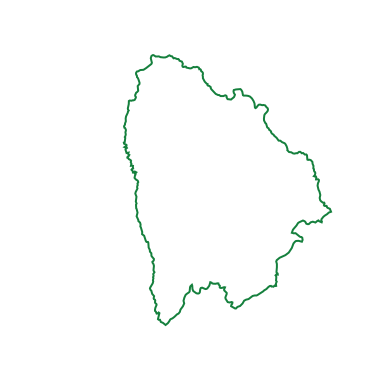 Prata, Minas Gerais, Brazil (Equal Earth projection), rotated 226°
{"feature_id": "56859067B48710486715982", "entity_name": "Prata", "entity_type": "district", "adm_level": 2, "iso_a3": "BRA", "parent_name": "Brazil", "parent_adm1": "Minas Gerais", "projection": "equal_earth", "projection_center": [-48.964, -19.276], "detail": "fine", "context": "isolated", "style": "outline", "palette": "green", "viewbox_px": 384, "rotation_deg": 226, "n_neighbors": 0, "source": "geoboundaries", "source_scale": "gbopen_adm2", "svg_char_len": 6019}
<svg xmlns="http://www.w3.org/2000/svg" viewBox="0 0 384 384"><g transform="rotate(226 192 192)"><path d="M81.2,278.3L84.2,279.5L86.5,278.5L87.5,278.6L88.1,279.1L88.9,278.9L89.5,278.0L90.2,277.6L91.0,277.8L91.6,279.3L92.5,279.7L93.3,278.8L95.5,278.4L97.0,278.5L99.0,279.7L100.7,282.2L103.8,284.0L105.8,284.6L109.3,286.7L110.8,288.7L111.6,290.7L112.4,291.6L113.4,291.6L114.9,290.0L116.2,291.6L117.1,291.9L117.8,291.1L118.7,290.7L118.8,292.1L119.8,293.7L120.7,294.3L121.8,294.2L122.9,294.8L123.7,295.6L124.6,295.6L126.4,297.5L128.5,298.3L130.0,299.5L132.3,299.6L133.2,299.2L134.0,298.6L134.4,297.8L135.2,297.5L138.5,300.2L139.6,300.3L140.5,299.2L142.9,299.0L143.6,297.9L145.6,297.8L146.5,296.9L146.7,294.7L147.4,294.1L148.5,292.3L149.6,291.5L151.6,291.0L153.3,289.6L155.9,289.6L156.4,290.4L159.1,291.8L161.6,292.5L162.8,292.5L165.3,291.4L167.5,291.2L168.8,290.0L172.2,290.5L175.6,290.2L176.4,290.5L178.4,290.1L179.9,290.3L180.6,290.9L182.2,291.0L183.0,290.7L184.5,291.3L186.2,291.0L189.7,292.8L190.5,292.6L193.4,293.5L194.8,294.7L197.0,297.4L197.4,298.5L197.5,301.2L197.8,302.9L198.6,304.0L199.6,304.6L201.5,304.5L203.4,304.8L204.9,303.9L205.7,302.8L207.6,301.7L208.4,300.6L208.4,299.3L208.0,296.9L208.2,296.0L209.0,295.9L212.3,298.5L214.8,299.5L217.6,300.1L220.3,300.0L221.9,299.3L223.4,298.2L225.5,296.1L226.2,295.9L229.3,297.9L231.4,298.4L232.4,298.3L235.2,294.9L236.3,292.9L235.7,291.9L234.2,290.9L232.2,290.5L231.7,289.6L231.1,288.1L231.4,284.3L234.1,282.1L236.0,282.6L236.8,283.4L237.5,283.5L238.3,283.2L238.8,282.4L239.1,281.3L241.2,279.2L242.8,278.9L243.7,278.1L246.1,277.2L252.6,277.3L253.6,277.6L254.4,278.3L256.3,278.1L257.4,277.4L258.2,277.4L258.8,278.2L259.7,277.8L262.5,277.8L266.3,278.9L267.2,279.8L268.7,280.8L269.2,281.8L270.2,282.6L271.4,282.8L272.4,282.5L273.6,283.2L274.5,283.3L275.2,282.5L276.7,283.3L278.6,282.5L279.6,280.9L280.9,279.9L281.5,277.5L282.2,276.5L285.4,274.4L286.3,274.7L287.0,274.2L287.8,272.7L288.5,272.3L289.5,272.7L290.6,274.5L292.8,275.3L295.1,274.2L296.3,274.6L297.2,274.5L297.9,273.7L300.4,272.6L301.0,271.6L303.4,271.9L304.7,271.0L305.9,270.8L306.4,269.6L306.5,268.4L307.3,266.4L308.4,265.1L310.9,263.0L312.5,262.4L314.7,260.0L317.2,259.4L317.8,258.7L318.0,257.3L316.9,255.3L312.8,252.9L312.3,251.7L313.0,245.1L313.6,242.0L315.5,239.7L315.9,238.8L316.1,237.3L316.9,236.2L316.7,234.8L316.0,233.9L315.0,233.3L314.2,233.3L312.7,232.2L311.9,232.3L310.4,231.8L307.1,230.2L306.2,229.3L305.9,226.5L302.2,223.6L302.0,222.1L302.2,220.8L301.2,218.4L300.4,217.8L299.5,217.7L298.9,217.2L298.5,216.1L298.1,214.8L298.5,213.7L299.2,213.0L299.6,212.0L301.1,210.7L301.3,209.8L299.1,207.5L296.7,203.9L295.7,203.2L294.6,203.1L294.3,201.7L293.7,201.0L292.2,197.1L291.0,195.4L288.8,193.5L287.8,191.4L287.1,190.7L286.5,188.8L285.2,188.0L284.5,188.3L282.8,187.7L282.0,187.0L281.3,185.7L279.4,184.3L278.6,183.1L278.2,181.8L277.3,181.6L274.6,178.2L274.9,177.3L273.9,176.7L271.5,177.6L270.8,177.1L271.2,174.6L270.4,174.9L269.9,175.9L268.9,175.8L269.0,174.6L268.7,173.6L265.5,172.0L264.4,173.7L263.8,172.6L263.0,172.3L262.2,172.6L261.8,171.3L262.1,170.2L261.6,169.3L260.6,169.6L259.5,169.4L257.7,170.0L256.7,169.8L256.0,168.6L254.5,168.1L253.3,166.3L252.7,167.2L251.8,167.7L251.2,166.9L249.8,166.0L250.2,165.1L250.0,163.9L247.9,163.8L247.0,163.0L246.3,163.6L246.4,165.1L244.8,165.6L244.5,163.6L243.7,163.4L243.5,162.5L242.1,160.5L240.1,160.3L238.1,160.8L237.1,160.6L236.3,160.0L236.0,158.7L234.6,157.7L234.3,156.7L233.4,155.7L232.4,155.2L231.1,151.5L230.2,150.1L227.2,148.8L224.2,145.0L222.2,144.1L221.9,143.1L221.3,142.5L219.0,140.5L218.3,140.4L215.0,138.5L213.0,135.3L209.3,134.0L208.2,133.2L206.1,133.4L204.3,132.4L203.0,130.8L202.2,130.7L197.8,128.4L196.3,126.8L193.8,127.2L188.9,124.8L187.7,124.6L186.7,125.6L185.8,125.3L182.1,122.2L179.8,121.5L178.3,120.3L176.2,120.2L174.3,118.5L173.4,118.3L170.3,118.1L169.5,117.2L169.2,116.1L169.3,115.0L168.6,114.5L166.9,114.2L165.3,113.3L162.7,110.2L162.1,109.7L160.4,109.3L159.9,107.1L158.3,106.1L157.8,104.8L156.8,104.4L155.7,102.6L154.7,102.1L153.6,100.3L152.3,95.6L151.8,94.7L150.2,94.1L149.3,94.2L146.4,92.6L143.4,92.4L142.2,90.6L141.4,90.2L140.3,90.5L139.5,90.2L138.4,88.8L137.4,88.4L136.3,88.6L135.4,88.1L134.2,85.3L133.1,83.7L132.2,82.8L131.1,82.9L129.1,82.1L128.5,82.9L128.5,84.3L127.5,84.4L124.2,79.2L123.2,79.3L122.3,80.2L120.2,79.3L118.1,80.2L114.7,80.6L114.4,83.5L114.8,85.8L115.4,87.7L115.2,88.9L114.7,90.0L114.4,92.6L114.4,96.3L113.9,97.8L114.2,100.0L115.4,102.0L116.1,106.1L117.3,109.0L119.6,110.3L121.3,113.1L122.4,115.9L122.4,117.2L121.9,120.2L122.1,121.2L124.9,124.5L125.3,125.5L125.3,127.5L124.6,127.2L121.8,124.9L119.9,124.1L116.1,124.8L114.7,125.8L114.2,126.9L114.4,127.9L116.4,130.5L116.8,131.6L116.2,132.8L112.9,134.2L112.4,134.8L112.0,136.0L112.6,139.4L114.4,142.5L113.2,143.1L112.3,143.0L111.3,143.6L109.7,145.1L108.6,146.9L107.9,147.5L107.0,146.9L105.2,146.9L104.3,145.8L103.4,145.7L102.3,146.8L101.2,149.0L100.5,149.5L99.6,147.4L98.8,146.8L95.4,146.9L94.6,146.2L93.0,142.8L91.9,142.0L88.0,141.2L86.4,142.3L85.3,144.1L84.5,144.4L83.7,143.4L83.4,141.8L82.7,140.8L78.2,142.1L77.6,142.9L77.8,144.1L77.6,145.3L76.6,147.4L76.7,151.0L77.6,154.0L77.0,156.1L75.7,158.3L75.1,163.4L74.1,165.1L72.7,166.6L72.4,167.5L71.1,174.1L71.1,175.6L70.5,178.1L70.6,181.1L70.3,182.7L69.6,183.6L68.8,183.5L68.2,184.2L67.3,184.8L67.3,186.4L66.6,186.5L66.0,187.3L67.8,188.7L68.7,190.7L69.9,190.9L72.0,193.3L73.0,194.1L74.0,194.2L74.1,195.4L73.0,196.3L73.9,197.0L74.9,196.9L75.7,197.1L78.9,200.8L81.3,203.1L83.5,204.3L84.1,205.6L83.8,209.4L81.7,215.3L81.2,219.5L82.4,224.9L84.5,229.3L84.7,231.7L84.5,232.8L82.9,234.7L79.9,236.5L80.7,238.3L82.6,239.6L83.7,239.4L84.3,238.8L85.2,238.5L90.4,237.9L91.7,236.4L93.3,235.5L94.7,238.3L94.9,239.6L95.3,243.9L96.0,246.6L95.8,248.0L94.4,252.0L93.0,252.6L91.9,252.8L89.8,252.2L88.6,252.8L87.8,253.7L87.7,256.4L86.7,258.3L84.3,259.6L84.1,262.2L83.7,263.2L82.8,263.1L80.1,264.2L80.5,264.9L81.7,265.2L82.5,266.3L82.9,269.2L82.8,271.0L82.2,273.9L82.2,276.0L81.2,278.3Z" fill="none" stroke="#15803d" stroke-width="2"/></g></svg>